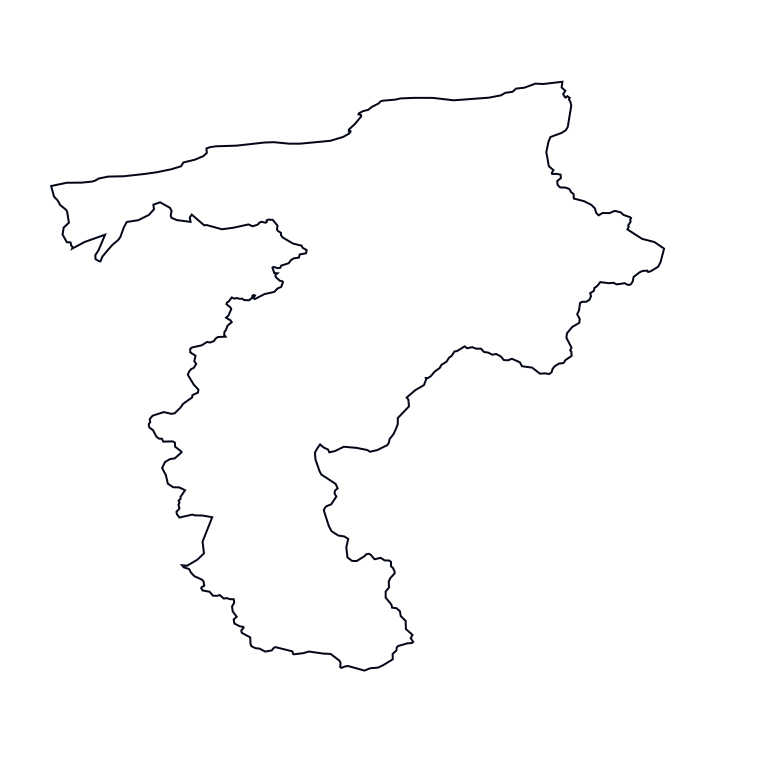 Sambava, Sava, Madagascar (Equal Earth projection), rotated 261°
{"feature_id": "10022922B78580830473532", "entity_name": "Sambava", "entity_type": "district", "adm_level": 2, "iso_a3": "MDG", "parent_name": "Madagascar", "parent_adm1": "Sava", "projection": "equal_earth", "projection_center": [49.762, -14.245], "detail": "fine", "context": "isolated", "style": "outline", "palette": "ink", "viewbox_px": 768, "rotation_deg": 261, "n_neighbors": 0, "source": "geoboundaries", "source_scale": "gbopen_adm2", "svg_char_len": 6152}
<svg xmlns="http://www.w3.org/2000/svg" viewBox="0 0 768 768"><g transform="rotate(261 384 384)"><path d="M106.3,338.9L110.7,349.6L116.0,350.3L118.8,354.5L121.8,355.4L123.0,357.1L124.2,366.5L123.8,371.0L124.7,372.5L128.7,370.6L131.7,372.9L138.6,367.3L146.7,368.3L152.2,364.2L157.0,364.2L160.6,361.3L161.8,357.0L165.0,356.8L172.8,352.2L178.8,353.2L182.2,357.1L188.3,357.8L191.4,360.0L195.4,365.0L197.3,365.1L201.0,364.0L202.9,362.4L207.2,363.1L208.8,361.5L209.7,357.0L212.8,353.5L212.4,347.2L217.3,344.3L218.7,342.4L218.6,339.7L217.2,338.2L213.4,329.3L214.3,324.7L218.4,320.8L228.5,321.2L236.6,324.4L239.6,321.0L241.5,315.1L246.8,309.2L252.2,307.3L267.8,304.9L269.4,305.1L271.3,306.7L272.3,308.2L273.4,313.0L280.2,319.3L283.9,318.0L286.5,319.1L288.2,321.9L292.9,320.6L304.4,307.9L307.9,306.7L320.2,304.5L326.9,305.0L330.7,307.9L334.3,311.4L330.8,314.4L328.0,318.5L325.1,319.3L325.4,324.9L328.3,334.5L325.2,346.9L321.4,357.2L319.3,359.5L319.8,367.0L323.1,377.7L325.1,379.5L328.9,381.0L332.8,385.4L338.0,388.9L342.2,391.3L348.2,392.3L358.0,405.2L364.9,405.6L367.1,404.3L373.0,413.9L376.7,423.3L381.9,426.3L383.4,426.2L382.9,428.1L384.4,431.4L388.4,436.1L391.0,441.4L394.0,443.8L396.2,449.1L399.8,452.4L401.3,455.3L405.1,458.7L405.1,461.3L408.6,469.6L406.3,471.7L406.6,476.9L404.5,480.4L403.7,485.3L400.0,487.8L398.7,491.8L396.0,495.5L396.1,499.5L392.9,503.7L388.9,506.1L388.0,510.1L388.9,514.3L384.2,521.6L380.0,523.0L377.0,532.9L369.8,539.6L369.3,545.0L368.0,548.6L369.3,551.3L372.6,552.9L374.9,555.5L376.8,560.1L376.6,564.5L379.2,566.9L382.4,573.7L386.7,574.1L388.2,573.2L390.6,574.9L401.1,571.4L405.4,572.6L410.9,578.8L413.8,586.4L417.5,587.5L422.7,585.7L426.2,588.1L433.3,590.3L434.2,592.3L433.6,596.6L435.0,600.0L438.3,602.2L441.4,601.8L443.2,605.9L445.9,606.8L447.4,609.9L450.8,613.6L448.4,621.8L448.0,626.6L446.0,629.4L445.9,637.6L443.9,640.0L443.5,642.1L444.0,643.6L446.4,645.7L450.7,647.3L454.4,654.1L455.2,657.2L454.8,661.7L453.3,662.4L453.7,665.3L457.0,673.2L461.1,676.2L473.9,681.8L481.9,673.3L487.0,661.6L498.6,648.6L500.8,650.3L502.2,649.9L505.9,653.0L507.5,652.8L509.3,654.0L510.2,653.2L513.5,647.1L516.6,644.5L518.9,639.0L517.5,633.4L518.7,626.7L517.0,622.4L519.7,620.4L524.6,619.7L528.5,616.8L533.2,610.3L537.5,600.5L541.9,601.0L544.3,598.8L547.5,597.6L549.5,594.3L550.6,588.7L553.5,586.6L557.3,586.8L559.8,591.0L563.2,591.1L564.6,587.2L565.1,583.0L566.3,582.8L568.7,584.8L573.3,580.9L587.6,580.6L597.5,584.3L601.9,587.0L604.2,598.6L606.2,603.3L609.4,605.8L629.7,612.5L633.9,612.2L636.1,611.1L637.6,612.2L639.6,610.1L638.4,608.3L638.7,607.7L642.3,606.3L645.2,609.0L649.1,605.8L654.6,607.5L655.4,588.1L657.0,580.5L654.7,569.0L655.1,560.7L652.5,556.6L652.6,549.3L650.8,544.7L650.4,532.4L653.3,497.2L658.9,477.2L661.8,459.2L663.5,444.8L663.1,440.2L664.0,427.1L663.7,424.8L661.9,422.5L659.6,415.3L657.3,411.4L656.8,406.0L655.3,401.6L654.3,401.0L653.5,403.2L651.9,403.4L645.4,396.0L640.9,389.2L639.2,388.8L639.1,390.4L638.4,390.4L636.8,388.7L634.4,382.2L632.6,369.0L634.5,338.7L636.1,328.4L640.1,312.9L641.2,303.6L642.5,275.5L645.1,255.0L645.1,248.9L644.4,245.5L639.9,245.1L637.3,241.2L635.1,232.1L634.2,220.5L630.8,217.6L629.4,207.9L628.7,192.8L628.9,180.5L629.9,159.5L632.0,144.0L631.6,134.4L630.0,130.4L629.6,127.1L630.2,116.8L632.4,102.1L631.6,86.2L620.8,87.4L616.3,90.4L611.4,92.2L605.7,97.3L603.7,98.0L592.6,98.0L588.6,92.1L581.9,89.9L573.7,92.9L572.8,96.6L569.7,96.7L567.8,98.0L566.5,97.2L571.1,110.5L575.1,131.9L561.0,123.1L556.3,119.0L552.5,118.6L549.9,121.7L549.5,123.1L553.9,125.8L558.2,130.7L563.9,137.5L567.8,144.0L570.6,146.7L579.5,151.6L584.3,155.3L584.2,166.8L587.8,178.3L592.5,184.1L597.2,184.3L598.5,191.3L591.5,200.1L588.3,201.3L583.7,199.7L581.4,200.1L578.3,205.0L574.4,218.3L578.8,218.2L581.4,220.6L568.9,231.2L568.7,233.8L562.2,248.1L561.9,259.4L562.8,275.1L560.3,279.0L561.2,284.2L563.0,286.5L563.4,288.4L561.8,292.2L562.4,293.6L563.9,293.6L564.5,295.0L563.6,299.7L557.1,303.6L553.4,302.5L551.9,303.0L549.4,305.9L547.2,305.5L544.6,306.8L537.0,316.0L533.5,324.3L531.3,324.9L528.3,328.6L525.3,327.4L525.2,321.1L522.2,319.8L522.2,314.5L520.9,311.5L518.2,308.7L517.0,301.0L515.0,299.7L515.0,297.3L516.9,293.2L516.4,292.0L510.8,293.0L510.0,296.1L508.7,293.8L506.5,293.9L502.2,297.3L501.5,299.5L500.5,300.2L495.9,297.6L495.1,294.0L492.1,289.9L491.5,280.0L488.1,269.8L489.1,268.3L491.6,270.4L492.3,269.0L491.7,267.8L489.8,267.2L487.8,263.8L488.8,259.0L490.4,257.3L490.9,254.1L492.0,252.0L491.7,249.6L493.3,247.2L489.9,243.7L489.0,241.5L487.4,240.9L483.7,244.3L481.9,244.9L475.9,241.0L474.2,238.4L470.9,242.3L468.9,243.3L466.1,238.6L461.9,236.3L460.8,234.8L457.7,233.8L455.5,234.9L456.4,227.3L455.2,224.8L453.0,222.7L452.2,218.7L453.2,215.8L450.7,209.9L450.1,200.0L449.0,198.1L445.5,197.6L441.5,202.2L436.1,200.2L433.2,201.7L429.7,198.6L428.8,195.7L426.8,193.5L423.8,191.7L413.5,195.8L407.4,199.8L404.6,198.9L403.0,193.1L400.7,192.3L395.8,182.4L392.6,179.4L387.8,172.6L387.8,169.4L390.7,162.1L388.9,150.5L386.0,147.1L383.0,147.2L381.3,145.5L379.5,145.2L377.5,145.6L374.6,148.6L367.5,151.0L365.2,153.3L364.7,156.1L361.6,157.0L360.4,166.2L358.9,168.3L354.7,167.9L348.9,173.4L348.1,173.3L343.3,165.7L343.3,160.9L341.2,155.5L335.8,151.7L328.0,154.3L319.4,154.9L315.0,159.6L313.9,165.6L310.2,170.9L304.4,165.4L302.2,165.0L301.0,162.9L298.6,163.4L297.0,162.1L293.0,162.5L290.2,159.0L287.7,159.1L284.1,161.1L285.0,174.4L283.9,176.4L282.5,184.1L279.3,193.5L256.6,180.1L244.9,179.7L239.7,172.2L235.3,161.1L236.6,156.2L234.3,157.5L231.7,162.6L228.0,163.8L223.8,166.7L219.3,173.5L217.3,174.9L212.8,174.9L212.1,172.5L211.0,171.5L208.5,172.5L206.1,179.2L201.7,181.9L200.9,185.7L201.2,188.8L197.1,192.2L197.1,195.4L195.6,198.0L194.9,201.9L191.4,201.8L188.0,199.1L183.0,199.0L177.2,202.1L175.0,198.7L170.8,198.8L167.2,203.7L166.1,207.1L165.0,207.1L163.0,204.5L160.5,204.6L154.7,212.2L147.8,211.5L145.7,212.1L143.2,215.7L142.1,219.7L138.3,224.8L138.4,231.4L140.6,233.8L141.1,235.6L134.3,251.6L131.5,252.1L131.1,252.8L130.8,262.3L131.5,268.1L127.3,281.6L125.7,289.1L117.7,296.7L115.3,297.5L111.3,296.5L110.3,297.5L111.2,301.8L111.0,304.6L104.0,319.9L105.4,326.0L104.8,333.6L106.3,338.9Z" fill="none" stroke="#020617" stroke-width="2"/></g></svg>